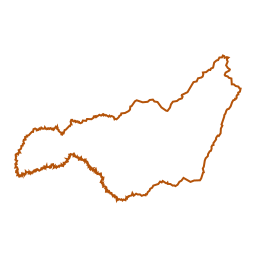 Becerrill, Cesar, Colombia
{"feature_id": "7082276B21429087141697", "entity_name": "Becerrill", "entity_type": "district", "adm_level": 2, "iso_a3": "COL", "parent_name": "Colombia", "parent_adm1": "Cesar", "projection": "equal_earth", "projection_center": [-73.426, 9.754], "detail": "fine", "context": "isolated", "style": "outline", "palette": "amber", "viewbox_px": 256, "rotation_deg": 0, "n_neighbors": 0, "source": "geoboundaries", "source_scale": "gbopen_adm2", "svg_char_len": 5792}
<svg xmlns="http://www.w3.org/2000/svg" viewBox="0 0 256 256"><path d="M23.4,141.3L24.0,143.5L22.8,144.0L22.7,145.6L21.3,146.0L21.3,147.8L20.8,149.0L18.7,150.2L20.0,152.5L18.8,152.4L18.1,154.3L17.3,153.5L15.7,154.5L15.7,155.6L16.3,156.2L15.8,156.9L16.0,158.4L15.4,159.7L17.1,160.8L16.2,162.5L16.6,164.1L15.4,164.2L15.9,166.2L15.4,167.5L17.0,167.3L17.8,169.2L16.2,170.8L16.1,172.3L16.7,172.6L17.6,171.7L17.7,173.5L18.3,172.4L17.4,175.0L18.6,174.8L19.5,177.4L19.7,175.4L20.9,176.0L21.1,175.0L21.8,174.5L22.3,175.2L22.2,174.1L22.7,174.5L23.0,173.8L23.6,174.8L23.5,174.2L24.0,173.9L24.3,174.6L24.5,174.0L25.4,174.3L26.0,172.8L25.9,171.5L26.7,172.3L29.0,171.9L28.8,173.4L29.5,173.2L29.5,172.5L29.9,173.2L30.6,172.5L30.8,173.2L31.3,172.4L31.2,172.8L31.5,173.0L31.4,173.3L31.9,173.6L31.6,173.3L32.0,172.5L32.8,172.4L32.9,171.3L33.0,171.9L33.4,171.2L34.1,171.5L34.4,170.5L35.4,171.2L35.6,170.3L36.1,170.6L36.5,169.5L37.1,169.9L37.6,169.3L39.2,170.7L41.1,169.5L41.2,168.9L41.6,169.1L41.7,168.5L42.9,169.4L42.6,169.0L43.0,167.8L44.0,168.3L44.2,167.0L45.2,168.0L45.1,166.9L45.9,167.4L46.6,165.7L46.8,167.0L48.8,167.1L49.6,166.5L50.1,167.8L51.0,167.4L51.5,164.5L53.1,164.2L53.4,165.8L54.2,166.1L54.0,166.9L54.7,166.2L54.6,167.2L55.2,166.8L56.2,167.7L56.7,166.5L57.5,167.0L58.7,166.0L59.2,166.6L60.0,165.5L61.6,165.8L61.6,164.4L63.2,165.8L63.7,164.5L64.7,164.1L64.5,163.1L63.8,163.7L63.7,162.8L64.9,162.8L66.2,161.4L66.4,162.1L67.7,161.5L67.3,160.8L67.8,159.8L66.9,159.0L68.2,159.2L68.8,158.6L68.8,157.0L69.7,156.3L69.3,154.6L70.0,154.5L70.2,155.7L70.8,154.1L72.6,154.7L73.9,153.6L74.5,154.6L73.8,156.2L74.6,156.1L74.3,157.0L74.9,156.2L76.3,157.2L76.8,156.7L76.8,157.8L77.4,156.7L77.3,157.2L78.2,157.3L78.3,158.3L79.3,158.4L79.1,159.6L79.8,159.4L79.6,158.5L80.1,157.9L80.5,158.5L81.1,157.7L81.4,159.9L82.1,159.9L82.3,159.3L84.3,161.1L84.7,159.5L85.4,159.5L85.0,160.2L85.5,160.5L85.4,161.4L85.9,160.9L87.3,161.8L87.6,162.5L87.0,163.0L88.0,163.8L87.6,164.8L88.4,164.9L88.5,166.3L89.1,165.5L91.1,167.6L90.0,168.0L90.4,168.4L90.1,169.2L90.7,169.7L91.3,168.7L93.1,168.4L92.7,168.9L93.3,169.8L92.8,169.4L92.9,170.5L94.2,170.1L94.4,171.2L95.8,169.2L96.2,170.7L95.5,171.4L96.2,172.1L95.9,172.9L96.8,173.4L97.6,172.8L97.6,174.0L98.7,173.8L99.5,174.6L100.4,174.5L100.4,173.6L100.9,173.5L101.2,176.8L102.1,177.8L102.2,177.0L103.0,177.5L102.3,178.9L103.3,178.3L103.1,179.6L102.1,179.3L100.8,182.2L101.4,182.4L101.7,181.7L101.9,183.1L102.8,182.8L102.5,183.7L103.5,184.3L103.0,185.1L103.5,185.4L103.2,186.7L105.2,186.5L106.3,187.3L106.4,188.0L105.5,188.6L107.2,189.8L106.7,191.0L106.1,190.1L106.0,191.6L109.0,191.0L109.2,191.6L108.6,191.7L108.5,192.3L111.1,192.9L110.7,193.6L111.7,193.9L112.8,195.9L113.1,195.1L114.1,195.8L115.0,194.7L114.5,196.3L114.9,197.3L116.2,196.9L116.7,199.8L117.3,198.4L118.0,199.9L119.1,199.1L120.5,199.8L121.5,199.3L122.5,200.5L123.5,199.5L125.5,200.2L125.9,198.7L126.4,198.7L126.4,197.5L127.1,198.2L127.4,197.0L128.4,196.9L128.5,196.2L131.7,195.4L132.4,193.1L133.8,195.6L136.1,193.7L137.7,194.5L139.9,194.4L141.7,195.8L143.8,195.0L145.6,195.3L145.9,194.2L146.9,194.3L147.8,192.1L149.5,190.7L150.2,188.8L152.2,187.7L153.3,185.6L158.3,184.0L160.1,181.6L161.7,182.4L162.7,181.0L165.9,183.1L167.0,183.3L167.5,182.7L167.8,183.9L170.4,184.0L172.7,185.6L174.2,185.4L175.4,186.1L177.6,184.7L179.4,181.8L181.4,180.7L183.5,177.9L190.5,181.9L194.1,180.5L200.0,180.3L201.2,178.4L203.0,172.7L203.8,172.3L202.8,168.6L203.8,166.7L204.8,160.5L205.7,158.2L207.8,156.2L208.1,154.0L209.7,151.3L210.9,150.8L211.6,148.7L211.5,146.7L212.3,145.3L213.5,145.0L213.4,143.1L216.1,139.4L216.0,138.2L217.0,136.4L217.9,135.5L218.8,136.0L220.6,133.3L220.9,128.5L222.4,125.6L221.5,124.6L224.2,116.7L224.3,115.1L225.4,113.6L226.4,110.5L227.4,109.2L228.7,109.0L230.6,106.5L232.1,102.2L233.3,100.2L234.7,99.9L235.1,98.7L236.2,98.7L236.7,97.6L236.5,96.1L237.4,94.7L238.4,94.4L238.2,92.6L239.9,91.7L240.6,88.6L239.5,88.4L238.4,86.6L235.7,86.0L233.7,84.3L231.8,84.3L231.4,78.5L228.9,77.8L227.7,76.4L225.3,75.8L224.7,74.9L225.6,72.6L229.4,70.5L229.8,69.4L227.7,67.8L226.1,65.3L227.7,61.6L226.9,59.8L227.0,58.9L228.4,57.6L226.8,57.1L224.6,57.8L224.2,56.1L222.9,55.5L222.0,57.4L219.4,57.5L218.1,60.1L216.6,60.4L214.2,62.5L213.1,67.6L210.9,68.6L210.3,70.0L208.9,69.8L206.2,72.1L202.9,72.5L203.3,74.2L202.7,76.5L201.4,77.5L198.0,78.3L196.7,81.4L193.5,82.1L187.5,92.2L181.9,94.9L181.7,95.7L182.6,96.8L181.9,98.4L178.9,99.4L177.0,101.0L172.9,101.7L171.0,104.3L170.0,107.6L167.5,110.9L166.2,110.7L161.4,107.4L157.5,102.0L154.4,101.5L152.9,99.6L149.7,100.0L147.7,101.8L142.7,102.3L136.7,100.3L134.9,101.3L131.6,106.1L130.3,106.5L130.0,109.6L128.6,111.1L125.0,113.0L121.3,113.4L120.8,115.2L119.3,115.9L118.9,117.1L116.5,119.3L115.3,118.8L114.5,119.3L113.7,117.0L111.6,116.0L110.4,116.6L109.5,115.6L108.5,116.6L105.9,115.0L105.3,115.5L103.7,114.4L103.3,115.1L102.8,114.3L101.1,115.6L99.4,114.8L95.9,117.3L95.2,116.8L95.4,116.1L93.8,116.4L93.7,117.6L91.5,119.2L87.0,119.0L86.1,120.9L82.9,120.5L82.0,122.5L80.5,123.2L79.2,122.7L79.1,122.1L78.3,122.4L77.7,121.3L75.9,122.0L75.7,121.0L74.8,120.7L74.0,121.5L72.5,120.8L72.3,119.9L71.3,119.9L70.6,121.7L71.4,124.2L70.9,124.1L70.0,126.1L69.3,126.0L65.9,129.6L64.6,130.1L63.6,133.5L62.8,133.8L62.4,133.2L62.1,134.6L61.4,134.4L61.6,133.4L58.7,131.0L58.8,130.1L57.7,129.4L57.6,127.7L57.0,127.7L57.0,127.0L56.7,127.5L56.5,126.9L55.8,127.4L55.6,127.0L53.6,129.8L53.1,129.3L53.5,128.5L52.3,128.6L52.6,129.0L52.1,129.5L50.7,128.4L50.0,128.7L50.1,128.2L47.5,129.0L47.6,128.4L45.8,128.8L44.9,127.4L44.6,128.5L42.9,128.8L41.3,127.6L40.8,128.7L39.8,128.4L39.8,129.4L38.5,129.2L38.2,130.0L36.7,130.4L36.5,129.3L35.1,128.5L33.5,129.2L33.0,131.9L31.9,131.8L28.7,135.3L26.8,135.6L27.1,136.6L25.1,137.1L25.5,139.1L25.1,139.1L25.2,139.7L23.8,139.8L23.4,141.3Z" fill="none" stroke="#b45309" stroke-width="2"/></svg>